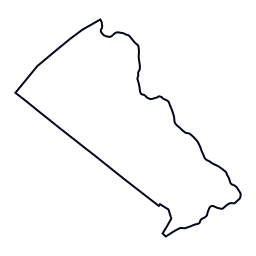 the district of Bucks, Pennsylvania, United States of America
{"feature_id": "52423323B57053352254999", "entity_name": "Bucks", "entity_type": "district", "adm_level": 2, "iso_a3": "USA", "parent_name": "United States of America", "parent_adm1": "Pennsylvania", "projection": "albers", "projection_center": [-74.98, 40.329], "detail": "fine", "context": "isolated", "style": "outline", "palette": "ink", "viewbox_px": 256, "rotation_deg": 0, "n_neighbors": 0, "source": "geoboundaries", "source_scale": "gbopen_adm2", "svg_char_len": 2157}
<svg xmlns="http://www.w3.org/2000/svg" viewBox="0 0 256 256"><path d="M15.4,92.8L26.6,101.5L37.0,110.0L39.4,111.9L53.8,123.4L57.9,126.7L59.3,127.8L86.3,149.0L94.8,155.6L113.3,170.4L117.4,173.7L126.5,180.9L137.1,189.1L149.5,198.7L153.7,202.0L158.8,205.9L160.0,204.2L168.5,209.5L171.3,218.6L166.7,226.8L162.6,233.4L165.8,236.5L174.6,230.9L178.3,228.9L180.3,228.0L181.6,227.9L184.3,228.3L185.1,228.2L191.4,226.0L193.7,224.9L198.5,223.6L199.4,223.0L199.7,222.5L200.2,221.0L200.4,220.5L200.7,220.0L201.3,219.3L202.3,218.6L204.6,217.5L206.2,216.3L207.0,215.1L207.7,212.1L209.0,208.8L209.7,207.4L210.8,206.3L211.8,206.0L212.6,205.9L212.8,206.0L213.6,206.2L217.2,207.8L220.8,208.7L221.8,208.8L222.7,208.6L226.5,205.3L228.4,204.0L229.6,203.4L230.7,203.1L233.4,203.3L234.3,203.3L235.0,202.9L239.4,198.9L239.8,198.4L240.3,197.2L240.6,195.7L240.6,193.9L240.4,193.1L237.0,187.7L236.0,186.5L233.9,185.2L231.7,184.3L231.6,184.2L230.9,183.6L230.5,183.0L230.1,182.0L229.0,178.3L228.9,178.1L227.1,174.9L226.1,172.2L225.8,171.9L222.9,169.5L218.7,166.5L211.6,163.0L210.3,161.8L206.6,160.0L204.8,158.3L203.5,155.1L201.6,150.9L200.6,147.9L199.4,145.1L198.2,142.8L197.1,141.0L193.5,137.0L191.5,135.2L190.2,134.1L188.8,133.3L186.7,133.1L185.3,132.6L182.6,130.5L179.8,127.8L177.9,126.3L176.0,124.4L175.0,123.0L174.8,122.7L174.4,120.8L174.1,117.0L173.3,114.1L171.8,109.7L168.8,102.3L168.4,101.5L167.1,100.5L163.3,98.7L162.5,98.1L161.5,97.0L159.2,96.3L158.6,96.5L157.2,97.4L153.1,98.6L150.9,99.1L149.8,98.9L147.4,97.8L145.9,96.6L145.5,95.9L145.1,95.6L144.5,95.1L141.6,94.2L140.8,93.4L140.3,92.1L140.0,91.6L139.6,87.5L138.3,81.7L137.4,79.0L137.4,78.6L138.3,75.2L138.1,73.8L138.2,72.2L139.2,70.6L139.8,68.9L139.9,66.9L139.8,64.9L139.0,59.8L138.7,57.5L138.8,54.1L139.0,51.5L138.6,47.5L138.4,46.3L138.0,45.3L135.1,42.9L130.0,36.7L128.7,35.4L125.5,34.3L123.7,33.3L117.9,32.3L116.4,32.5L114.8,33.3L111.5,36.3L110.2,36.8L108.6,36.8L106.6,36.4L104.3,35.5L103.2,34.7L101.6,32.8L101.1,32.0L100.8,31.1L100.8,30.7L100.9,29.8L102.0,27.9L102.2,26.6L102.2,26.1L101.6,21.8L100.3,19.5L82.7,29.5L70.2,38.8L61.1,46.3L60.0,47.1L37.4,66.0L15.4,92.8Z" fill="none" stroke="#020617" stroke-width="2"/></svg>